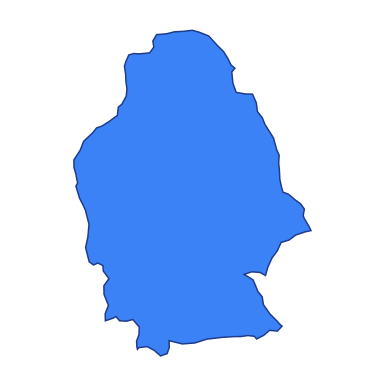 Episkopi Pafou, Paphos, Cyprus, rotated 176°
{"feature_id": "46923920B63549577577003", "entity_name": "Episkopi Pafou", "entity_type": "district", "adm_level": 2, "iso_a3": "CYP", "parent_name": "Cyprus", "parent_adm1": "Paphos", "projection": "natural_earth1", "projection_center": [32.53, 34.791], "detail": "fine", "context": "isolated", "style": "filled", "palette": "blue", "viewbox_px": 384, "rotation_deg": 176, "n_neighbors": 0, "source": "geoboundaries", "source_scale": "gbopen_adm2", "svg_char_len": 1787}
<svg xmlns="http://www.w3.org/2000/svg" viewBox="0 0 384 384"><g transform="rotate(176 192 192)"><path d="M137.8,40.9L130.5,44.0L124.3,48.6L116.5,47.3L111.5,51.9L114.1,54.4L116.0,57.1L122.9,65.1L128.6,74.6L129.3,82.6L133.1,88.0L137.2,100.1L145.8,106.2L137.9,108.2L129.7,107.0L124.5,103.6L121.7,111.5L116.8,120.6L111.2,127.1L106.6,135.5L98.5,137.3L91.6,141.8L82.2,144.3L76.0,145.2L77.7,149.5L81.8,157.6L82.7,160.7L81.1,167.1L84.6,172.8L89.4,176.7L96.1,183.2L101.3,185.5L102.5,191.4L103.5,198.2L103.3,207.0L103.5,214.9L102.5,222.6L104.7,228.7L106.9,240.0L109.7,245.4L114.5,254.2L116.7,261.2L121.2,267.8L121.6,276.4L124.8,285.4L132.1,286.1L141.0,288.3L143.6,297.5L143.7,299.9L143.9,309.0L140.6,312.5L144.2,316.0L147.1,323.1L150.7,329.8L156.3,336.2L164.5,346.5L173.9,351.0L180.5,353.3L188.9,352.9L198.5,353.0L206.4,351.6L211.6,351.5L216.3,351.5L220.5,345.4L220.0,339.2L224.6,333.7L229.8,333.6L236.0,333.5L240.3,334.2L245.5,333.1L248.7,327.1L250.2,323.4L250.6,322.3L250.0,313.8L250.2,307.2L249.7,299.5L250.9,292.2L255.8,284.5L259.6,281.8L261.1,273.6L270.0,268.0L277.4,264.0L282.7,262.6L287.0,257.9L296.6,250.1L300.6,241.5L307.6,232.2L308.0,224.6L306.5,217.7L306.1,213.1L305.4,209.1L307.4,206.0L304.7,194.0L303.1,190.1L301.9,187.4L299.5,181.1L298.0,172.4L297.0,167.2L299.0,154.4L302.0,144.1L301.0,138.3L299.4,129.5L295.3,126.1L291.0,127.7L286.0,124.9L286.0,119.3L284.9,117.7L280.9,111.3L286.4,104.7L286.9,96.1L283.3,84.7L287.1,76.6L287.4,69.6L279.7,71.6L276.4,73.0L273.3,68.6L266.4,67.7L259.9,68.9L254.0,60.9L254.9,53.2L257.7,47.2L257.8,41.4L257.4,38.9L255.8,40.5L247.5,40.9L240.8,36.7L234.8,30.7L228.1,32.5L225.5,38.6L225.3,45.3L212.2,41.1L199.7,41.2L187.3,44.2L171.8,44.9L160.1,44.8L153.4,44.4L146.2,44.9L139.8,43.7L137.8,40.9Z" fill="#3b82f6" stroke="#1e3a8a" stroke-width="1.5"/></g></svg>